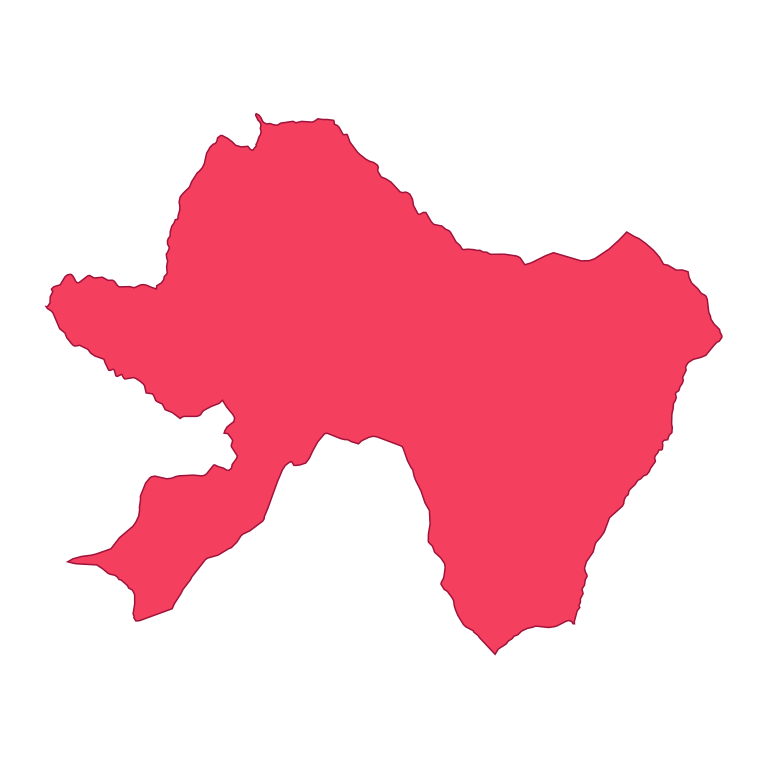 the district of Atahualpa, El Oro, Ecuador
{"feature_id": "8360857B45777368126824", "entity_name": "Atahualpa", "entity_type": "district", "adm_level": 2, "iso_a3": "ECU", "parent_name": "Ecuador", "parent_adm1": "El Oro", "projection": "orthographic", "projection_center": [-79.756, -3.557], "detail": "fine", "context": "isolated", "style": "filled", "palette": "rose", "viewbox_px": 768, "rotation_deg": 0, "n_neighbors": 0, "source": "geoboundaries", "source_scale": "gbopen_adm2", "svg_char_len": 6090}
<svg xmlns="http://www.w3.org/2000/svg" viewBox="0 0 768 768"><path d="M327.2,119.5L322.9,119.5L317.8,118.8L314.5,121.2L312.2,122.1L301.5,121.4L295.8,122.8L293.6,121.5L292.5,121.4L280.8,123.1L277.3,125.2L274.1,124.9L269.9,123.5L266.8,124.0L264.1,122.8L262.6,121.3L261.2,118.1L259.7,116.0L258.5,114.8L256.2,113.7L255.6,114.7L255.8,115.6L258.0,120.2L259.9,122.1L260.7,123.8L260.9,125.7L260.3,128.5L261.1,131.3L260.7,134.1L258.9,137.1L257.3,142.1L256.0,144.5L256.3,145.9L252.6,150.3L250.4,149.4L247.8,146.3L241.2,146.9L235.6,145.3L232.4,142.0L228.0,138.6L222.2,135.5L220.7,135.5L217.6,137.8L217.0,140.8L216.0,142.7L215.0,143.6L213.2,144.2L210.2,147.0L206.6,153.3L204.3,163.7L202.4,167.6L199.2,171.3L197.4,172.7L191.8,181.4L189.5,187.1L183.4,193.0L180.3,196.7L179.1,201.8L179.9,206.8L179.7,210.1L178.1,215.8L178.0,217.9L177.5,219.2L175.3,219.7L174.0,223.2L171.8,226.2L170.2,231.8L170.1,236.2L168.3,238.5L167.5,240.6L167.5,243.9L169.4,247.8L167.5,252.5L166.3,254.0L166.6,257.3L167.6,261.1L166.6,266.7L167.2,272.9L166.6,274.1L164.3,276.5L163.7,279.7L161.4,282.9L156.8,285.7L156.4,288.9L151.8,287.5L146.6,285.2L143.3,284.6L140.6,284.9L134.3,287.7L129.4,286.6L119.3,286.9L117.6,285.8L114.5,281.4L112.5,280.2L107.9,280.3L102.4,277.2L94.1,278.0L89.6,275.4L87.7,275.9L79.3,282.4L77.4,282.9L76.0,281.7L73.2,276.4L71.6,274.7L70.6,274.3L67.5,274.8L65.0,276.8L60.2,284.8L53.9,286.7L51.7,288.8L51.5,289.8L52.9,291.4L50.2,296.8L50.0,302.8L48.1,305.8L46.8,306.7L46.1,306.6L47.5,308.6L51.3,311.0L53.0,313.0L59.7,328.7L64.9,332.9L66.8,337.7L71.5,343.6L73.3,345.4L75.0,346.1L79.6,345.3L87.8,349.3L90.9,353.3L94.9,356.0L103.9,359.2L105.3,363.2L108.7,370.2L110.2,370.4L112.7,369.3L113.6,369.4L114.6,371.0L115.7,375.5L116.6,376.3L117.8,376.2L121.7,374.3L123.5,377.8L124.9,379.0L133.3,377.6L135.2,378.1L139.5,380.8L143.0,383.7L144.5,385.6L146.1,392.9L152.5,393.9L153.8,395.7L155.7,400.5L157.3,401.7L162.3,404.0L165.2,409.7L172.3,412.5L180.2,418.5L181.9,417.1L184.2,416.4L196.4,416.4L198.8,415.8L200.6,414.7L202.7,411.4L204.7,409.9L211.4,406.4L219.1,403.4L222.5,400.3L226.7,407.1L232.8,414.4L234.6,417.7L233.9,421.5L227.2,426.8L224.9,430.6L224.1,433.2L227.8,433.6L232.1,439.4L232.6,441.0L231.3,445.2L231.4,446.7L237.4,456.0L236.2,459.0L232.2,464.4L231.5,468.1L229.1,470.3L226.8,470.2L223.4,468.1L218.3,466.6L214.7,464.9L213.6,465.1L206.5,473.9L204.9,475.1L201.9,475.9L193.2,475.1L179.3,475.8L175.7,476.6L171.8,478.2L166.7,478.8L154.9,476.1L151.4,476.8L149.7,478.1L145.6,483.1L140.4,496.2L140.5,499.9L139.4,507.5L139.6,509.9L138.7,516.1L135.8,522.2L133.0,526.2L119.5,537.7L110.9,548.8L95.8,554.1L91.2,555.2L81.8,556.4L72.9,558.8L67.7,561.8L74.4,563.5L78.2,563.9L96.7,564.9L102.4,568.6L107.9,573.2L110.0,574.2L114.9,575.3L117.3,577.0L119.0,579.5L121.3,580.1L127.5,585.6L128.6,588.0L132.5,590.2L134.6,594.6L134.7,603.8L133.1,613.9L134.1,616.3L133.9,617.9L135.9,621.0L139.7,620.6L172.2,608.7L174.4,603.7L181.1,593.3L182.8,589.7L190.4,579.8L191.7,577.1L205.4,559.6L207.6,558.1L218.1,555.1L228.6,548.7L231.3,547.7L236.9,542.1L241.2,535.5L243.1,534.0L249.9,530.8L262.6,521.2L264.1,518.9L264.4,516.5L267.8,508.4L277.3,482.0L282.4,469.9L285.3,465.5L288.2,463.1L291.1,461.6L292.0,462.1L293.9,465.4L296.4,465.4L300.1,464.9L305.8,463.0L309.4,458.1L312.9,450.6L317.8,441.8L324.7,433.6L327.4,433.3L340.6,438.6L344.7,439.6L347.7,439.7L351.5,441.7L358.5,443.8L361.6,440.8L369.1,437.2L373.1,436.3L376.8,436.8L400.8,445.8L402.3,446.7L403.4,448.9L407.5,460.7L411.2,467.8L412.7,469.6L414.2,476.5L415.8,480.6L421.0,490.9L425.0,502.8L429.4,510.5L430.1,524.0L428.4,534.2L428.3,541.5L428.8,542.5L432.5,546.2L434.6,552.2L440.7,557.8L444.5,563.4L445.2,567.3L444.1,575.4L443.6,578.0L441.2,582.6L441.0,584.2L444.1,589.3L447.3,591.3L452.2,597.9L453.7,600.9L454.2,605.4L455.4,609.5L457.8,615.3L463.4,624.5L465.8,626.8L473.2,630.7L473.6,631.9L478.5,635.9L479.1,637.2L495.1,654.3L498.3,649.0L506.1,644.0L508.3,641.1L512.3,638.5L513.8,636.3L517.8,634.8L521.6,631.1L527.3,628.4L532.8,627.2L535.6,626.1L548.7,627.5L554.7,626.6L556.8,626.0L566.2,621.2L568.8,620.5L571.7,621.5L572.9,623.7L574.5,623.8L574.3,621.7L577.2,610.7L579.8,607.6L578.9,605.4L580.4,602.4L580.4,598.8L583.1,593.6L582.0,589.1L584.5,585.1L585.3,579.6L587.1,576.4L586.9,574.8L585.4,572.0L584.5,568.3L586.4,561.8L593.2,551.9L594.9,545.0L596.0,542.4L600.7,537.1L604.2,532.0L609.5,517.7L622.4,506.1L623.7,503.7L624.1,500.5L625.1,497.8L626.0,496.4L628.2,494.6L628.9,491.1L630.2,489.1L635.0,484.6L637.7,480.4L640.8,478.8L643.3,476.0L646.8,474.6L649.2,471.6L650.5,468.4L655.2,461.8L655.4,460.8L654.6,458.3L655.2,455.9L657.8,452.7L659.0,450.0L661.6,449.9L662.4,449.0L662.8,445.0L662.4,442.7L662.7,441.7L664.1,440.3L667.7,439.7L669.1,435.3L671.9,432.6L672.3,427.4L671.6,424.1L671.9,414.1L673.1,408.8L673.5,403.4L675.2,400.8L676.3,397.5L675.4,393.7L676.2,392.4L678.7,390.8L680.2,386.4L682.0,383.9L683.1,381.2L683.3,380.2L682.6,377.4L686.2,370.1L685.6,367.5L686.3,365.5L688.4,362.4L693.4,359.3L700.9,357.4L705.8,355.3L714.0,345.3L716.8,342.4L719.4,341.0L721.9,337.3L721.8,335.6L720.1,332.2L719.5,329.4L714.2,324.2L711.0,319.3L710.4,316.0L708.8,312.4L707.3,299.6L706.2,296.6L705.2,295.4L701.3,293.4L697.7,288.6L691.6,283.0L689.0,277.2L688.0,271.7L682.5,270.0L676.2,270.1L668.0,265.2L663.5,264.3L659.5,257.2L653.6,250.4L645.7,243.5L639.0,238.6L634.4,236.6L626.7,232.0L619.1,240.0L609.3,248.9L594.9,258.6L589.6,260.6L581.3,260.9L553.5,252.7L545.6,255.7L530.9,263.0L524.8,264.7L520.4,258.1L518.3,256.7L516.0,255.9L504.5,254.2L490.3,254.3L486.7,252.2L483.1,252.0L479.9,250.3L477.1,250.4L473.6,249.6L467.6,249.2L463.7,249.6L462.4,249.3L460.0,245.5L456.1,242.0L450.6,232.4L449.0,230.7L445.8,229.3L441.8,226.0L433.7,224.4L431.1,221.5L425.9,212.5L423.4,212.4L419.7,214.4L418.0,213.9L413.5,205.5L412.5,199.2L410.0,194.4L407.7,192.8L405.8,192.1L402.5,192.6L400.2,192.0L391.0,182.1L385.8,178.8L381.3,177.0L378.0,171.6L377.7,170.3L378.3,167.1L377.4,165.1L373.7,162.5L369.3,161.1L366.0,159.3L360.2,154.8L357.6,152.3L350.0,142.2L347.3,134.7L346.3,134.3L344.0,134.8L343.0,134.3L339.1,127.3L337.3,125.5L334.3,124.1L334.1,121.2L333.5,120.3L327.2,119.5Z" fill="#f43f5e" stroke="#9f1239" stroke-width="1.5"/></svg>